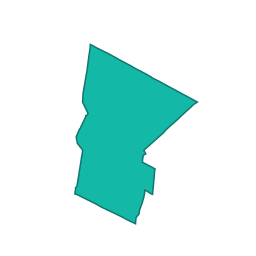 the district of Kārsava, Karsavas, Latvia, rotated 248°
{"feature_id": "27541924B33018865841873", "entity_name": "Kārsava", "entity_type": "district", "adm_level": 2, "iso_a3": "LVA", "parent_name": "Latvia", "parent_adm1": "Karsavas", "projection": "robinson", "projection_center": [27.68, 56.785], "detail": "fine", "context": "isolated", "style": "filled", "palette": "teal", "viewbox_px": 256, "rotation_deg": 248, "n_neighbors": 0, "source": "geoboundaries", "source_scale": "gbopen_adm2", "svg_char_len": 1976}
<svg xmlns="http://www.w3.org/2000/svg" viewBox="0 0 256 256"><g transform="rotate(248 128 128)"><path d="M86.8,54.0L85.8,55.4L78.1,62.2L70.5,69.0L65.0,73.4L58.7,79.1L52.5,84.9L51.6,85.6L49.7,87.4L48.4,88.5L47.8,89.0L45.9,90.7L43.7,92.4L43.5,92.6L39.7,96.1L36.5,99.0L36.4,99.1L41.0,101.4L42.2,102.3L43.7,105.3L44.0,105.8L47.8,108.2L48.2,108.5L48.6,108.9L54.1,113.9L54.5,113.9L55.7,115.0L57.1,116.2L61.4,119.0L63.9,120.3L64.1,120.4L62.0,122.2L61.1,122.8L59.8,123.7L58.3,124.7L57.3,125.9L57.5,126.0L64.0,129.4L67.9,131.4L72.9,134.0L76.8,135.9L79.2,137.2L79.8,137.8L81.0,136.9L82.2,135.9L85.7,132.9L90.8,128.6L93.9,130.0L94.3,130.3L95.2,131.0L95.5,130.8L96.4,131.5L97.2,132.7L97.3,134.8L101.3,134.3L101.8,135.1L103.3,139.6L103.8,141.1L105.0,144.2L106.7,149.1L107.8,152.0L108.4,153.8L109.7,157.5L110.8,160.2L111.8,161.8L113.9,167.4L117.1,176.5L119.0,181.3L119.9,183.5L121.3,187.4L122.0,189.0L122.5,190.7L122.8,191.5L124.4,195.6L125.2,197.7L126.1,202.0L126.9,201.4L129.5,199.2L133.4,196.0L139.4,191.0L141.7,189.1L143.9,187.3L144.9,186.5L150.5,181.8L153.5,179.3L160.2,173.9L164.1,170.3L166.2,168.7L167.0,168.4L168.3,167.3L170.0,165.9L171.3,164.9L172.9,163.5L175.7,161.2L177.4,159.7L179.8,157.6L181.5,156.2L182.9,155.2L184.2,154.2L185.5,153.2L186.5,152.3L189.7,149.6L190.5,148.9L194.0,146.0L195.7,144.6L198.3,142.6L202.1,139.4L203.0,138.7L203.7,138.2L208.7,133.7L213.0,129.9L213.3,129.6L219.6,124.4L219.2,124.2L216.2,122.7L209.2,118.6L201.1,114.0L194.7,110.4L193.9,109.8L193.8,109.7L184.8,104.2L178.3,100.1L177.9,99.8L169.1,95.6L164.4,95.9L157.7,96.3L157.0,96.3L156.3,96.4L156.2,96.3L155.3,94.9L155.2,94.1L155.3,93.5L154.6,93.1L153.9,92.9L153.0,91.6L150.8,89.3L150.4,88.7L148.0,86.2L146.8,84.8L145.6,83.7L145.2,82.7L144.8,82.3L141.5,78.9L139.1,76.6L138.7,76.5L132.8,75.3L125.1,77.5L123.7,77.3L120.9,75.7L120.3,75.6L120.0,75.0L114.1,71.5L108.3,68.0L102.2,64.4L93.3,58.9L92.6,58.1L92.4,57.4L92.3,57.0L92.0,57.1L86.8,54.0Z" fill="#14b8a6" stroke="#0f766e" stroke-width="1.5"/></g></svg>